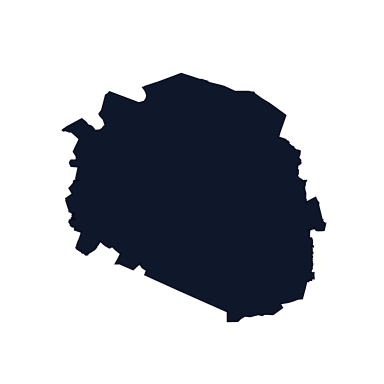 San José Iturbide, Guanajuato, Mexico (orthographic projection), rotated 197°
{"feature_id": "50627088B9670324161736", "entity_name": "San José Iturbide", "entity_type": "district", "adm_level": 2, "iso_a3": "MEX", "parent_name": "Mexico", "parent_adm1": "Guanajuato", "projection": "orthographic", "projection_center": [-100.403, 21.001], "detail": "fine", "context": "isolated", "style": "filled", "palette": "ink", "viewbox_px": 384, "rotation_deg": 197, "n_neighbors": 0, "source": "geoboundaries", "source_scale": "gbopen_adm2", "svg_char_len": 5828}
<svg xmlns="http://www.w3.org/2000/svg" viewBox="0 0 384 384"><g transform="rotate(197 192 192)"><path d="M120.2,78.6L112.2,81.2L110.3,81.9L108.6,85.2L105.7,88.4L105.4,88.9L99.8,90.0L94.9,93.1L94.4,93.2L93.9,93.6L93.4,94.2L93.1,94.6L92.8,94.4L92.2,94.3L88.6,94.6L87.1,96.3L86.7,96.6L85.8,96.7L85.1,97.0L78.7,98.6L71.8,107.8L75.0,110.6L74.6,111.1L73.9,111.6L72.6,112.3L70.4,113.3L67.4,114.9L63.6,117.4L60.2,120.1L58.5,121.1L55.4,122.3L55.8,133.8L56.3,140.4L54.4,140.4L54.2,141.3L54.0,141.8L52.8,142.4L52.0,142.5L52.4,144.0L51.6,144.2L50.8,144.7L50.0,144.8L50.9,147.2L51.4,148.1L51.9,150.4L53.0,149.7L53.7,149.9L54.7,150.1L55.0,150.3L55.1,150.7L55.1,152.6L54.7,153.9L55.3,154.8L55.4,157.1L55.6,158.6L55.8,158.8L56.1,158.9L56.6,160.3L57.6,161.6L57.3,162.4L58.0,163.2L58.1,163.6L57.8,164.8L57.9,165.3L58.8,166.3L59.0,166.6L59.3,166.9L59.0,167.4L59.1,167.9L58.7,168.4L58.8,169.3L59.6,170.1L59.9,170.6L60.5,172.0L60.4,172.5L60.6,172.8L60.8,173.0L61.1,173.1L61.4,173.5L61.6,174.0L61.5,175.1L61.4,175.2L60.9,175.4L60.4,174.9L60.2,174.8L60.0,175.2L60.2,175.7L61.2,176.1L62.0,176.8L62.0,177.2L61.9,177.6L62.1,178.6L63.0,181.1L63.4,181.8L64.0,182.5L64.5,182.9L65.1,182.7L65.2,182.0L65.3,181.7L65.4,181.8L65.6,181.9L66.6,182.7L67.0,183.8L67.0,184.6L67.5,185.9L67.7,187.0L68.0,188.4L68.1,188.6L68.7,189.0L69.3,189.2L69.4,189.9L67.9,190.2L67.7,190.9L67.2,191.0L66.7,191.5L65.6,192.1L64.5,193.0L64.5,193.8L63.9,193.5L63.5,192.8L63.0,192.3L61.9,191.7L61.4,191.7L59.6,192.1L56.9,193.1L56.7,193.0L56.0,193.4L55.2,193.7L54.5,194.0L55.1,200.8L55.2,200.7L55.6,200.6L56.7,201.3L57.3,201.5L57.8,201.8L58.5,202.3L58.8,202.7L59.0,203.8L59.7,203.7L67.8,217.4L67.5,217.5L67.5,218.1L67.6,218.3L67.7,218.7L68.5,219.3L69.7,220.0L71.2,221.7L71.7,222.1L72.2,222.9L79.5,215.8L80.0,216.3L80.4,217.1L80.7,217.3L80.7,218.1L81.6,219.1L82.0,219.8L82.2,221.4L82.7,222.2L82.7,222.6L82.9,222.8L82.8,223.2L82.7,223.4L83.0,223.8L83.4,224.8L84.8,226.7L85.2,227.7L85.3,228.3L86.2,228.9L86.1,229.6L85.9,230.2L85.9,230.9L86.1,232.0L86.0,232.4L86.5,233.6L86.7,234.3L86.3,235.0L86.1,235.3L86.1,236.3L86.7,235.9L87.8,235.8L87.9,235.7L88.5,235.4L88.9,235.2L94.7,236.9L95.3,237.7L95.5,238.0L96.1,238.4L96.4,238.9L96.3,239.0L96.3,239.3L95.9,239.9L95.9,240.6L96.0,240.8L96.4,241.1L96.2,241.6L96.2,241.9L96.7,242.5L96.6,243.4L96.7,243.9L97.4,244.3L98.0,244.4L98.7,248.7L98.4,249.1L97.2,249.8L97.0,250.1L96.8,250.7L96.5,251.1L96.5,252.0L97.4,253.1L97.4,254.1L97.6,254.3L98.9,255.1L99.5,255.3L99.9,255.7L99.9,255.8L100.0,255.9L100.2,256.5L99.9,259.1L100.6,262.8L103.2,262.9L104.0,262.6L104.9,262.5L105.0,262.7L105.4,262.8L105.5,262.7L105.8,262.7L106.2,263.3L106.5,263.4L106.9,263.4L107.1,263.7L107.7,264.0L107.8,264.5L109.0,265.0L109.6,264.9L111.0,265.2L112.2,265.9L113.1,266.0L113.9,266.7L113.8,267.4L113.7,267.6L114.0,267.8L114.5,268.2L115.2,268.0L115.6,268.2L115.6,268.5L116.1,268.3L117.6,269.3L118.0,269.2L118.3,269.6L118.9,269.5L119.8,269.6L125.5,269.7L125.4,273.2L125.6,273.3L124.8,292.7L144.6,299.5L152.2,301.3L162.1,304.7L161.9,305.2L162.6,305.4L163.1,305.0L167.2,304.6L177.1,301.6L179.3,300.9L180.2,300.6L192.4,302.3L209.7,301.4L209.4,302.3L216.0,302.3L217.1,301.7L236.9,302.1L255.1,288.1L268.0,279.0L268.7,278.2L269.6,277.6L267.0,275.8L264.7,273.3L263.3,270.9L263.1,269.1L263.5,266.6L264.2,264.6L268.9,261.6L300.2,263.6L301.0,261.7L302.0,260.4L302.4,259.8L302.9,259.4L302.7,256.5L302.2,243.7L303.7,239.6L302.2,238.0L298.0,235.6L294.1,230.0L295.4,229.2L296.1,227.2L296.8,225.8L298.1,224.4L299.3,223.6L300.8,223.3L301.9,222.0L306.0,224.8L308.1,225.7L310.7,225.5L311.8,226.0L312.7,226.9L314.1,227.8L318.8,229.7L331.4,216.9L331.6,216.3L333.2,214.5L333.4,214.1L334.0,213.3L334.0,213.2L332.7,212.9L331.4,213.8L328.4,213.8L326.8,213.6L326.3,214.0L325.3,214.3L324.4,214.1L315.3,209.9L315.2,209.5L317.2,195.9L313.2,192.6L311.7,188.7L317.0,187.0L317.1,186.8L317.2,186.1L317.4,186.0L317.5,185.5L317.4,184.7L317.5,184.3L317.2,184.0L317.0,183.1L316.1,183.0L315.9,182.7L315.7,182.0L315.1,181.3L309.1,182.7L308.4,182.7L308.1,182.4L307.8,182.3L307.9,181.8L307.0,171.1L304.4,169.8L304.6,169.6L306.8,169.4L308.1,168.3L308.3,167.4L307.8,165.8L310.6,159.7L305.7,155.3L310.1,149.5L310.7,149.0L309.7,147.4L310.0,147.0L305.5,140.5L305.1,140.6L303.7,137.4L302.3,137.4L301.1,136.8L300.0,137.0L299.6,136.9L298.8,137.0L298.5,136.3L298.8,136.4L299.1,136.4L299.3,136.4L299.6,136.0L299.4,135.8L299.1,135.3L299.7,134.8L299.7,134.5L299.5,134.2L298.9,133.6L298.1,133.0L296.6,132.6L296.4,131.3L298.4,131.5L298.8,131.7L298.9,131.9L299.1,132.1L299.5,132.2L299.7,131.9L299.4,131.3L299.4,130.9L299.3,130.5L299.4,130.2L300.9,129.3L300.9,128.7L300.8,128.1L300.5,127.7L300.7,127.2L298.5,125.5L298.6,124.7L298.1,124.4L297.4,124.2L297.4,124.5L296.0,124.5L296.0,123.8L294.0,124.3L293.6,123.1L293.2,121.5L285.7,121.3L285.7,120.7L286.0,120.3L285.7,119.7L285.9,117.3L285.8,116.2L286.0,114.6L286.0,114.0L286.0,113.8L286.1,112.4L286.3,112.1L286.4,109.9L286.5,108.8L286.4,105.7L286.6,104.8L285.6,104.0L282.2,103.0L281.8,103.1L281.0,102.8L280.8,102.9L280.2,102.5L280.2,102.4L279.8,102.1L279.2,101.8L278.6,101.7L278.3,101.8L278.0,102.2L277.7,102.3L277.1,102.3L277.0,101.9L276.1,101.2L275.2,100.8L274.8,100.9L273.5,101.5L273.5,102.1L273.1,103.2L271.5,105.0L270.7,105.6L270.6,105.9L269.7,107.1L269.4,107.7L269.2,107.6L268.5,108.3L268.4,108.7L268.0,109.4L267.9,109.6L268.0,109.6L267.2,111.3L267.8,112.0L267.5,112.2L267.3,112.5L266.8,113.0L266.2,115.3L265.3,118.2L262.9,117.2L261.9,116.5L258.2,115.2L257.4,115.1L254.8,114.5L254.5,114.5L254.3,114.7L253.2,115.8L252.1,116.6L249.2,114.9L244.9,113.1L242.4,112.2L242.1,112.2L243.2,105.8L244.3,101.0L240.6,102.2L240.3,102.3L225.6,100.6L221.2,108.2L220.3,107.3L220.2,107.5L217.5,105.2L215.5,104.6L212.4,103.8L212.5,102.8L212.5,102.3L212.5,102.2L212.7,101.0L212.5,100.8L212.9,99.1L174.4,94.1L124.0,88.0L123.1,88.0L120.2,78.6Z" fill="#0f172a" stroke="#020617" stroke-width="1.5"/></g></svg>